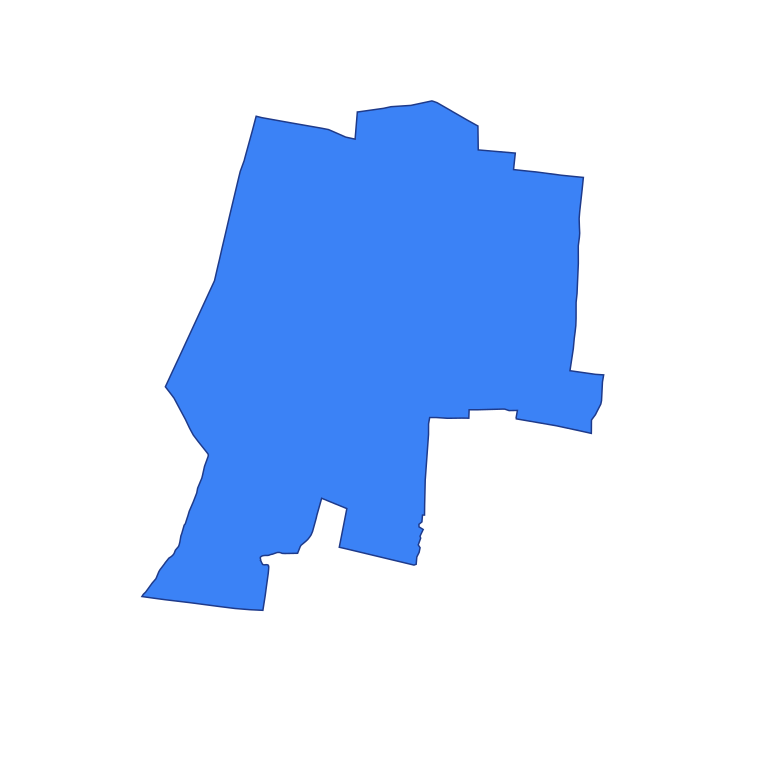 outline of Smulti, Galati, Romania, rotated 20°
{"feature_id": "2599482B3496454590613", "entity_name": "Smulti", "entity_type": "district", "adm_level": 2, "iso_a3": "ROU", "parent_name": "Romania", "parent_adm1": "Galati", "projection": "mercator", "projection_center": [27.744, 45.908], "detail": "fine", "context": "isolated", "style": "filled", "palette": "blue", "viewbox_px": 768, "rotation_deg": 20, "n_neighbors": 0, "source": "geoboundaries", "source_scale": "gbopen_adm2", "svg_char_len": 3014}
<svg xmlns="http://www.w3.org/2000/svg" viewBox="0 0 768 768"><g transform="rotate(20 384 384)"><path d="M229.2,666.5L240.5,664.1L251.9,661.6L276.2,655.9L304.6,649.6L320.8,645.9L335.0,642.0L347.6,638.1L344.7,623.3L342.9,615.1L340.0,601.6L338.9,597.4L338.2,595.1L337.6,594.7L337.6,594.2L337.2,593.9L336.8,593.7L335.7,593.9L334.9,594.1L334.1,594.6L333.5,594.8L332.9,595.0L332.3,595.0L331.7,595.1L329.8,593.4L329.3,592.8L329.0,592.5L328.6,592.3L328.3,592.1L328.4,591.9L328.4,591.7L328.2,591.3L327.2,589.8L327.1,589.3L327.1,588.9L327.9,587.7L328.7,586.9L330.8,585.8L331.6,585.5L333.0,585.0L333.7,584.7L334.5,584.2L335.3,583.4L336.9,582.3L337.5,582.0L338.3,581.3L341.2,578.9L343.1,578.1L344.8,577.9L346.2,578.0L348.8,577.2L360.0,572.9L360.7,572.6L360.9,565.4L361.2,563.9L364.3,558.6L365.5,556.2L366.4,553.5L367.1,550.8L367.3,546.9L366.2,533.3L365.8,530.2L364.5,512.7L391.7,513.8L397.8,552.7L405.9,551.7L474.1,543.9L475.9,542.4L474.0,535.3L474.6,530.2L473.9,525.5L471.2,523.5L471.2,516.3L469.9,514.7L470.6,507.3L465.8,506.3L464.8,503.9L466.8,500.6L465.0,494.0L466.6,493.4L466.9,493.3L463.3,483.0L455.4,459.6L455.1,458.4L443.1,416.2L439.5,406.2L438.4,399.9L444.7,397.6L455.4,394.5L468.8,389.4L475.4,387.1L472.8,379.1L481.3,376.0L504.3,366.9L505.5,366.5L506.1,366.3L510.6,366.2L518.4,363.2L519.7,370.6L520.2,371.2L520.3,371.5L560.3,364.3L583.5,361.1L595.7,359.5L594.9,357.1L591.8,348.4L591.3,346.8L593.2,340.4L593.4,338.5L593.7,336.0L594.6,328.7L594.1,325.2L588.6,307.4L587.3,300.3L579.4,302.6L554.2,307.9L549.8,286.0L547.2,276.1L545.8,269.8L544.3,263.6L542.1,256.8L536.6,241.6L534.5,233.1L525.4,204.3L519.3,187.7L517.4,179.2L516.3,175.3L513.8,169.3L510.8,161.8L509.8,158.2L508.8,154.5L503.7,133.6L500.7,121.7L487.4,125.1L479.1,127.2L454.4,132.7L447.7,134.4L442.1,135.8L432.4,138.2L428.4,122.1L392.5,131.8L384.0,109.4L383.1,109.3L375.6,108.1L372.4,107.6L359.3,105.3L354.6,104.5L354.3,104.4L337.7,101.5L334.1,101.5L332.2,101.6L314.6,112.6L314.2,112.9L295.8,121.0L289.3,125.1L266.2,137.4L265.9,137.5L273.1,163.8L263.5,165.1L250.2,164.2L244.8,163.9L237.8,165.0L208.0,170.3L178.1,175.5L172.3,176.1L172.5,178.5L173.7,191.5L173.9,194.1L175.7,216.4L176.0,220.0L176.2,221.6L176.2,224.2L176.2,229.2L176.2,231.2L176.2,233.4L176.9,239.9L181.3,277.9L183.8,298.6L185.3,311.4L186.9,324.1L187.5,329.4L189.4,344.9L182.2,430.3L180.9,444.9L179.5,461.4L187.4,466.4L188.2,466.9L190.6,468.5L191.3,468.9L200.2,476.9L209.4,485.1L216.1,491.7L219.2,494.5L222.4,497.3L229.2,501.7L242.4,509.8L243.2,510.8L243.5,512.2L243.5,512.7L243.5,522.7L244.7,531.9L245.0,534.7L244.5,545.6L245.3,550.4L245.1,560.0L244.5,570.2L244.8,574.8L244.9,578.5L245.1,583.2L244.5,585.0L245.1,593.6L245.1,596.2L246.2,602.2L246.5,605.0L246.5,606.9L244.8,611.5L244.7,615.2L244.0,617.3L243.5,618.2L243.0,619.1L241.4,621.2L240.2,624.8L239.6,626.5L239.1,628.5L238.2,631.4L237.7,633.0L237.1,634.8L236.7,636.9L236.6,637.7L236.3,644.9L234.2,650.5L232.7,655.8L231.2,661.0L230.5,662.5L229.8,663.9L229.5,665.2L229.2,666.5Z" fill="#3b82f6" stroke="#1e3a8a" stroke-width="1.5"/></g></svg>